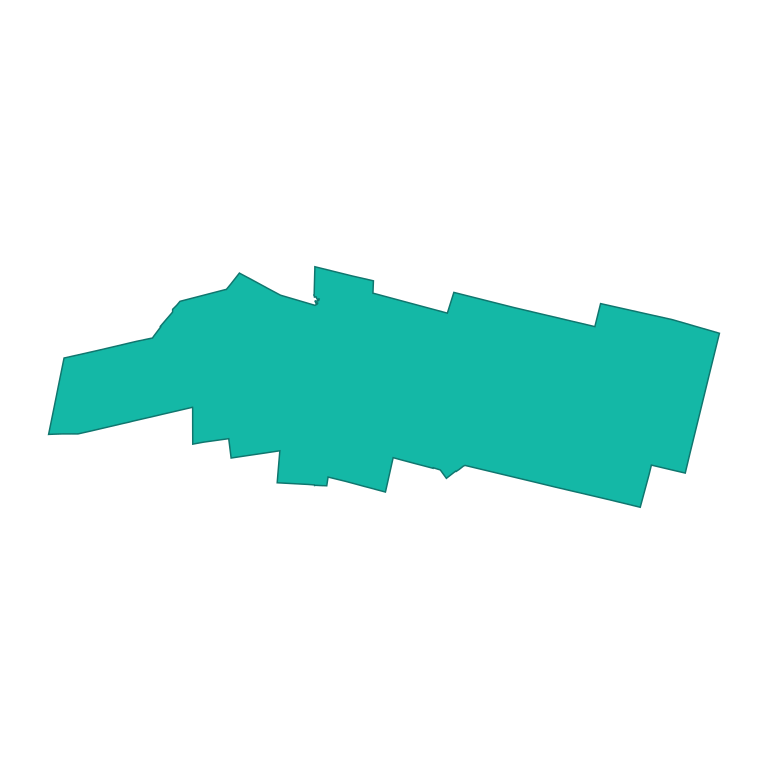 outline of Barca, Dolj, Romania, rotated 6°
{"feature_id": "2599482B6572149700325", "entity_name": "Barca", "entity_type": "district", "adm_level": 2, "iso_a3": "ROU", "parent_name": "Romania", "parent_adm1": "Dolj", "projection": "orthographic", "projection_center": [23.606, 43.972], "detail": "fine", "context": "isolated", "style": "filled", "palette": "teal", "viewbox_px": 768, "rotation_deg": 6, "n_neighbors": 0, "source": "geoboundaries", "source_scale": "gbopen_adm2", "svg_char_len": 2220}
<svg xmlns="http://www.w3.org/2000/svg" viewBox="0 0 768 768"><g transform="rotate(6 384 384)"><path d="M544.1,465.8L565.7,468.7L606.3,473.8L618.1,475.3L651.7,479.8L652.5,474.9L654.9,459.9L657.0,446.9L658.4,436.7L684.1,440.0L692.9,441.1L695.5,421.2L701.1,380.3L706.7,339.1L712.3,298.5L664.3,289.9L591.0,281.4L587.7,304.9L505.4,294.4L443.9,285.6L439.6,306.9L363.5,294.8L362.7,282.5L341.2,279.9L303.0,274.6L303.3,277.9L303.4,279.7L305.1,301.2L305.2,301.8L305.1,302.1L304.9,302.7L304.9,302.9L305.1,303.0L305.5,303.9L305.6,304.4L305.7,304.8L306.1,304.8L306.6,304.6L306.8,304.6L307.2,304.4L307.3,304.5L307.8,305.3L308.0,305.7L308.7,306.6L309.1,307.1L310.1,306.2L310.3,306.1L310.7,306.3L310.5,307.3L310.0,307.9L309.8,308.1L308.8,308.5L308.5,308.5L307.7,308.6L307.4,308.5L307.1,308.5L306.8,308.8L306.8,309.0L307.0,309.2L307.8,310.7L307.9,310.8L308.0,310.8L308.4,310.6L309.0,310.2L309.4,310.3L309.4,310.5L309.6,310.6L309.4,311.3L308.3,312.2L308.0,312.3L307.5,312.6L307.4,312.8L307.2,313.0L271.8,306.5L257.5,300.7L246.0,295.9L228.8,288.9L228.6,288.8L221.2,300.6L217.3,306.5L216.6,306.6L172.5,323.1L169.6,327.4L166.0,331.8L166.2,334.6L155.5,350.1L156.0,350.5L149.6,361.2L149.0,362.5L147.8,362.8L133.2,367.5L94.8,380.9L63.1,391.6L60.3,420.8L59.4,430.6L55.7,469.2L56.2,469.1L61.7,468.3L69.8,467.2L78.2,466.3L83.3,465.8L85.0,465.6L88.5,464.4L97.4,461.4L101.1,460.1L108.6,457.5L128.1,450.7L134.1,448.7L137.8,447.3L146.8,444.2L165.6,437.7L165.8,437.6L170.2,436.1L185.8,430.7L195.3,427.4L196.0,427.2L196.3,428.7L198.0,444.7L198.6,450.2L199.9,462.1L200.1,463.8L210.6,460.7L216.7,459.2L235.3,454.6L239.7,473.6L257.5,469.0L275.1,464.5L275.8,464.3L287.4,461.3L287.9,485.5L288.1,493.4L305.7,492.5L319.3,491.8L319.9,491.8L322.6,491.7L323.6,491.7L324.2,491.7L324.5,491.6L325.3,491.6L325.5,492.2L325.9,492.0L327.2,491.9L327.7,491.8L328.7,491.8L332.0,491.6L333.9,491.5L334.7,491.4L337.7,491.2L338.1,482.4L355.8,484.8L366.5,486.5L375.6,488.0L375.8,488.0L396.7,491.3L396.9,489.8L400.8,456.3L410.5,457.9L420.7,459.5L421.3,459.6L431.9,461.2L441.6,462.7L441.6,462.4L441.7,462.1L443.0,462.4L449.0,463.6L455.9,471.3L464.3,463.2L464.8,463.5L467.7,461.1L471.6,457.3L473.1,456.5L544.1,465.8Z" fill="#14b8a6" stroke="#0f766e" stroke-width="1.5"/></g></svg>